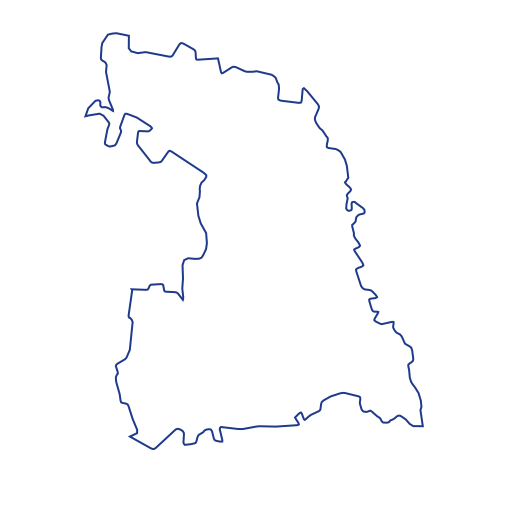 the Region of Khomas, rotated 97°
{"feature_id": "NAM-3340", "entity_name": "Khomas", "entity_type": "Region", "adm_level": 1, "iso_a3": "NAM", "parent_name": "Namibia", "parent_adm1": "", "projection": "orthographic", "projection_center": [17.098, -22.865], "detail": "fine", "context": "isolated", "style": "outline", "palette": "blue", "viewbox_px": 512, "rotation_deg": 97, "n_neighbors": 0, "source": "natural_earth", "source_scale": "10m", "svg_char_len": 5839}
<svg xmlns="http://www.w3.org/2000/svg" viewBox="0 0 512 512"><g transform="rotate(97 256 256)"><path d="M137.7,199.2L139.3,198.9L139.8,197.8L140.0,197.1L140.1,189.9L140.9,187.4L142.4,184.7L149.4,179.5L155.5,176.8L167.3,173.9L168.9,174.9L171.0,175.8L171.9,176.7L172.9,176.1L174.0,174.9L176.1,171.8L177.3,170.5L178.6,169.7L180.0,170.2L183.0,172.5L184.6,173.3L186.0,172.8L187.4,172.1L188.8,172.1L193.3,172.5L197.9,172.3L199.3,171.1L199.9,169.5L199.4,168.0L198.7,166.9L197.3,166.7L192.4,167.5L191.1,167.3L190.5,166.3L190.3,165.1L190.5,164.2L191.3,163.1L195.5,155.6L196.7,154.2L198.1,153.7L199.5,153.6L200.4,153.9L201.1,155.2L202.3,158.6L203.6,160.0L205.4,161.2L209.6,161.4L211.4,162.5L213.4,164.3L214.9,164.1L221.7,161.5L223.7,161.4L225.4,160.4L226.8,159.3L229.8,156.3L231.4,155.0L233.2,154.0L234.4,154.8L235.5,156.2L236.4,157.9L237.4,159.2L238.1,159.3L239.4,158.4L249.2,150.0L250.8,148.9L252.3,148.3L253.3,149.3L254.3,150.8L255.1,152.6L256.1,154.1L257.2,155.1L258.8,154.7L273.1,148.0L275.0,146.1L275.9,144.2L275.9,139.2L276.2,137.7L277.0,136.2L279.5,133.1L280.7,131.8L282.1,130.8L282.8,131.6L283.4,132.9L284.2,136.3L284.7,137.7L285.4,138.3L286.8,138.1L293.9,135.0L295.5,134.1L296.6,133.1L296.8,131.7L296.5,128.6L296.7,127.8L297.8,128.0L303.8,130.6L305.2,130.8L306.0,129.9L306.7,128.5L308.2,124.1L308.3,123.2L307.9,121.7L304.8,113.0L304.7,111.5L305.7,111.2L308.8,111.3L310.4,111.1L311.9,110.1L313.4,108.9L314.6,107.6L315.2,106.7L316.2,103.7L317.6,102.0L319.2,100.8L324.2,97.9L325.0,97.2L326.9,92.7L327.9,90.9L329.4,90.1L331.0,89.4L338.0,87.6L339.6,87.3L341.0,87.5L342.3,88.6L344.7,91.2L345.6,91.6L346.7,91.4L351.1,90.0L358.1,88.5L362.2,86.6L363.9,85.2L367.0,82.2L372.2,78.0L379.4,74.8L385.6,73.4L388.9,74.0L404.6,69.7L405.7,79.2L403.9,83.0L400.0,87.4L397.7,91.7L397.0,93.5L397.0,94.8L397.3,95.5L397.7,96.2L398.2,96.8L400.5,98.9L401.5,100.2L402.7,102.3L403.2,102.9L403.8,103.3L404.5,103.6L405.0,104.4L405.5,105.8L405.8,109.4L405.0,110.8L403.8,111.7L402.8,112.4L401.6,113.4L400.3,116.2L396.1,122.4L395.6,123.8L396.1,124.9L396.9,126.2L397.3,127.5L397.3,130.2L396.5,131.6L395.0,132.7L389.8,134.9L388.3,135.1L386.0,135.0L384.7,135.1L383.4,135.6L382.8,137.0L381.1,151.3L381.4,153.8L382.3,156.3L386.3,164.8L391.1,171.3L392.9,172.9L394.8,173.3L400.7,173.4L401.9,174.2L402.7,175.3L406.7,181.7L408.7,184.0L411.5,186.4L412.7,187.6L412.1,188.6L407.1,191.2L405.9,192.2L406.4,193.4L407.6,194.5L411.4,197.5L411.6,197.6L411.9,197.4L416.5,193.6L417.8,192.9L418.4,193.4L418.9,194.5L422.9,215.4L424.6,232.2L425.4,235.4L429.4,248.1L429.9,252.8L430.0,269.9L431.1,270.8L432.6,270.8L443.1,266.9L444.3,266.9L444.5,267.9L444.6,269.4L444.3,272.6L444.0,274.0L443.5,274.8L442.2,275.6L435.6,278.2L434.8,278.7L433.8,279.6L433.6,281.1L433.9,282.7L434.5,284.3L435.2,285.6L437.4,287.0L440.6,291.1L442.0,291.7L443.5,292.1L446.8,292.5L448.1,292.8L449.0,293.3L449.6,294.6L450.9,298.4L452.1,303.6L451.2,304.7L449.9,305.3L441.5,305.8L440.2,306.2L438.8,307.3L437.8,309.1L437.2,311.1L437.1,313.0L438.0,314.6L458.6,332.0L460.0,333.7L460.1,335.2L459.6,337.1L450.6,359.1L446.4,352.5L443.1,352.7L432.9,358.5L420.2,364.4L418.9,365.4L418.4,366.9L418.1,370.3L417.7,372.0L416.0,372.8L409.7,374.5L398.3,379.3L395.5,380.0L393.3,380.3L390.8,379.6L389.6,378.8L388.1,379.1L382.3,381.7L381.0,381.4L379.8,380.4L374.6,373.6L373.4,372.6L371.9,371.9L364.5,369.8L336.5,370.4L334.3,371.7L333.0,373.1L332.5,374.6L331.3,375.1L329.8,375.2L305.1,374.7L304.2,375.4L303.0,361.2L302.7,359.9L302.3,359.2L301.1,358.7L298.6,357.9L297.9,357.5L297.3,356.8L295.5,347.1L295.5,345.6L296.1,344.6L301.5,342.9L302.2,342.3L302.4,341.0L301.8,332.6L301.8,331.1L302.1,329.9L303.1,328.5L308.5,323.2L308.1,323.1L305.7,323.2L297.3,325.2L287.3,325.7L274.0,327.8L268.9,326.8L266.5,323.1L266.3,316.2L265.6,312.1L264.3,309.9L261.8,308.6L255.3,306.4L249.2,306.3L239.3,308.3L230.4,314.8L223.1,318.1L211.1,321.0L204.6,319.3L199.1,319.5L195.8,320.1L192.9,320.0L189.8,319.0L187.1,316.7L183.6,315.0L181.8,315.2L179.7,318.2L162.8,352.2L162.3,353.5L162.1,354.7L162.8,355.5L163.4,355.9L173.6,361.4L174.4,362.3L174.9,363.7L176.0,368.7L176.0,370.3L175.5,371.6L160.4,386.8L159.0,387.7L157.4,388.1L147.6,388.1L146.5,387.7L146.1,386.5L145.5,378.5L145.2,377.6L143.9,376.1L141.9,374.8L141.0,375.5L140.1,376.7L133.1,391.2L130.8,400.4L130.6,401.9L130.7,403.0L131.8,403.7L144.5,406.6L145.8,406.5L148.3,405.1L149.8,405.1L161.0,408.2L162.3,408.8L163.3,409.5L163.9,410.7L165.1,414.1L165.1,415.1L164.8,416.3L164.0,418.3L163.4,419.3L162.7,419.7L161.4,419.8L148.2,418.9L143.4,417.7L142.3,417.8L141.0,418.7L135.4,424.4L133.8,428.5L136.6,438.3L138.1,442.3L129.8,440.5L121.6,434.3L120.7,431.9L120.9,430.2L121.9,429.5L122.6,429.2L125.5,428.9L126.6,428.1L127.2,426.9L126.6,423.8L126.9,421.7L127.5,419.7L129.0,416.7L129.4,415.6L128.3,415.8L119.4,420.8L117.7,421.5L116.1,421.6L111.5,421.1L110.5,421.2L91.6,427.3L84.8,427.5L83.0,428.5L81.7,429.9L81.2,431.4L80.5,432.8L79.7,433.7L78.3,434.1L67.4,434.8L63.3,434.5L54.4,430.0L52.7,425.6L51.9,421.6L52.9,409.0L65.3,407.6L68.1,404.8L69.0,398.6L69.0,397.7L67.3,391.3L67.1,389.9L68.7,366.8L68.6,365.3L68.2,364.1L67.1,363.2L55.7,358.0L54.7,357.3L53.8,356.4L53.8,355.0L54.2,353.5L58.1,344.0L58.8,342.5L59.8,341.4L61.2,340.8L66.1,339.9L67.4,339.6L68.2,339.1L68.3,338.1L68.2,337.3L64.5,317.8L76.5,313.6L77.9,313.0L78.8,312.2L78.3,311.0L71.6,302.9L70.9,301.4L70.9,299.9L71.2,298.3L73.8,290.3L74.2,288.6L74.2,286.9L73.8,283.4L73.2,280.1L72.7,278.7L72.6,278.0L72.6,277.2L74.2,262.6L75.2,260.4L76.7,258.2L80.8,256.1L83.1,254.4L85.6,253.8L87.4,253.5L96.3,253.4L97.9,252.9L98.6,251.4L98.8,249.5L98.8,232.9L98.7,231.6L98.3,230.2L97.3,229.8L95.9,229.6L84.8,230.0L84.2,229.6L83.6,228.9L86.2,225.3L97.8,213.1L99.8,211.7L102.0,211.7L111.1,214.3L112.9,214.3L114.9,213.5L117.0,212.2L121.4,208.3L123.3,205.3L128.5,200.9L129.9,199.3L131.6,198.9L133.5,198.9L135.7,199.2L137.7,199.2Z" fill="none" stroke="#1e3a8a" stroke-width="2"/></g></svg>